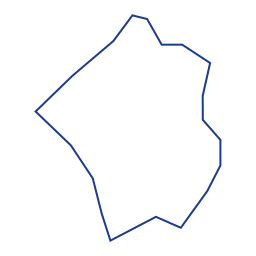 SVG path tracing the border of Székesfehérvár
{"feature_id": "HUN-4908", "entity_name": "Székesfehérvár", "entity_type": "Urban county", "adm_level": 1, "iso_a3": "HUN", "parent_name": "Hungary", "parent_adm1": "", "projection": "robinson", "projection_center": [18.479, 47.186], "detail": "fine", "context": "isolated", "style": "outline", "palette": "blue", "viewbox_px": 256, "rotation_deg": 0, "n_neighbors": 0, "source": "natural_earth", "source_scale": "10m", "svg_char_len": 354}
<svg xmlns="http://www.w3.org/2000/svg" viewBox="0 0 256 256"><path d="M132.4,15.4L147.1,19.0L161.7,44.7L182.2,44.7L210.1,63.0L202.7,95.9L202.8,119.8L220.4,139.9L220.4,165.5L207.2,191.2L180.8,227.8L155.9,216.8L110.4,240.6L101.6,213.2L92.8,178.4L70.9,145.4L35.6,111.5L72.4,75.8L113.4,41.0L132.4,15.4Z" fill="none" stroke="#1e3a8a" stroke-width="2"/></svg>